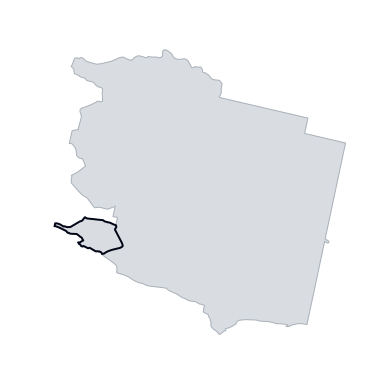 Sudan, with Blue Nile highlighted, rotated 102°
{"feature_id": "SDN-148", "entity_name": "Blue Nile", "entity_type": "State", "adm_level": 1, "iso_a3": "SDN", "parent_name": "Sudan", "parent_adm1": "", "projection": "equal_earth", "projection_center": [34.239, 11.094], "detail": "fine", "context": "in_parent", "style": "outline", "palette": "ink", "viewbox_px": 384, "rotation_deg": 102, "n_neighbors": 0, "source": "natural_earth", "source_scale": "10m", "svg_char_len": 5317}
<svg xmlns="http://www.w3.org/2000/svg" viewBox="0 0 384 384"><g transform="rotate(102 192 192)"><path d="M254.0,319.1L251.0,319.1L250.7,318.2L250.8,315.6L251.1,313.6L252.2,310.5L251.9,308.8L252.1,306.3L251.3,303.6L244.1,295.6L242.7,293.4L238.9,291.4L239.5,289.1L238.0,272.9L238.8,271.0L239.0,268.1L239.0,265.6L239.9,261.5L240.0,259.7L232.4,259.6L232.3,261.4L232.6,263.4L232.6,264.2L222.0,264.2L226.2,270.6L226.4,273.4L226.2,276.9L226.2,279.1L226.4,280.6L227.6,283.5L227.5,284.0L227.2,284.7L219.7,293.2L218.4,297.2L217.4,299.2L215.2,302.7L208.3,311.8L207.1,312.4L201.9,312.8L201.4,313.0L200.9,313.4L200.7,313.3L196.2,307.9L188.7,301.5L183.7,304.9L182.3,306.1L182.3,309.2L181.5,310.8L180.1,312.5L176.4,313.6L174.5,314.5L172.2,316.3L169.9,319.2L169.8,320.7L170.0,322.1L157.2,322.0L156.4,320.9L154.6,316.1L153.3,316.4L141.6,315.8L140.0,316.3L136.6,318.3L134.9,318.6L133.2,317.7L127.2,308.2L125.9,307.1L124.5,304.8L123.2,303.8L122.8,303.1L122.6,302.1L122.7,300.0L122.3,298.7L121.3,298.4L113.1,300.6L111.9,300.4L110.2,300.8L109.6,301.1L108.8,302.4L108.7,305.0L108.5,306.3L107.8,307.7L105.5,311.0L104.9,312.4L105.0,315.9L104.8,317.7L104.5,318.5L103.4,319.9L103.0,320.7L102.6,325.2L101.3,328.0L101.0,329.0L100.9,330.9L100.7,331.6L96.9,333.1L95.5,334.1L94.7,335.7L94.4,336.3L92.9,335.8L90.8,335.4L86.9,334.9L85.4,334.2L84.7,333.1L84.9,330.3L84.6,329.7L83.9,329.3L83.5,328.1L83.6,326.6L85.7,323.4L86.2,321.7L86.8,313.7L86.7,311.3L85.1,306.8L81.4,299.1L80.6,297.6L76.0,291.3L75.4,290.3L74.3,287.6L75.7,281.8L75.8,280.2L75.5,278.5L74.3,277.2L73.3,277.1L71.9,275.5L71.0,274.8L70.2,273.4L69.7,271.5L70.2,264.6L70.0,263.7L68.8,263.4L68.5,262.9L68.6,261.6L68.0,257.7L67.3,254.4L67.7,252.6L66.8,250.2L64.9,249.1L61.2,249.9L60.0,249.8L59.2,249.3L58.7,248.4L58.4,247.4L58.7,245.8L59.8,242.9L61.2,240.5L63.9,238.3L64.6,237.1L65.0,235.8L65.1,234.3L65.0,232.8L64.7,231.3L64.0,229.4L63.3,227.2L63.3,225.7L63.7,224.6L64.4,223.3L67.1,220.8L69.8,218.7L70.3,218.0L70.2,217.1L68.9,215.3L68.6,212.0L68.0,209.6L69.4,207.9L70.4,207.2L72.0,206.7L72.6,206.0L72.8,204.5L72.8,203.2L73.4,202.2L74.2,200.1L74.8,199.1L77.0,196.6L77.5,194.9L77.6,193.4L77.1,188.6L78.4,186.7L79.9,185.0L82.1,185.1L85.5,184.8L87.9,184.1L89.5,184.1L93.3,185.0L93.7,184.6L93.9,183.4L95.6,94.0L111.1,94.0L111.3,93.8L112.2,52.0L209.4,52.0L210.2,51.8L211.7,47.9L212.4,47.7L213.4,47.9L213.7,48.8L212.9,52.0L297.7,52.0L297.9,56.7L298.6,60.5L301.0,66.0L303.1,68.9L303.8,70.6L303.9,71.3L303.8,72.0L303.2,71.2L302.2,70.7L302.0,73.2L302.6,78.5L303.4,82.2L302.8,85.6L303.0,91.3L304.1,98.3L303.9,102.7L305.7,113.0L307.5,118.8L308.5,120.2L309.5,121.0L311.6,121.4L314.7,124.4L317.1,127.5L317.9,129.1L319.1,130.9L319.9,130.5L320.4,130.1L321.2,131.5L325.0,134.6L325.6,136.0L324.2,137.5L322.7,139.9L321.9,142.1L321.5,142.9L320.3,144.3L320.0,145.0L319.5,145.4L318.9,145.4L317.6,146.2L316.4,146.0L315.3,146.4L314.8,146.9L313.9,147.4L312.6,147.6L310.6,149.6L308.9,150.5L308.3,151.3L307.5,155.1L306.8,156.1L304.2,156.2L303.0,156.5L301.3,156.1L300.4,156.1L300.2,156.9L299.9,160.2L300.0,161.6L298.6,165.4L299.0,172.4L297.6,177.6L297.5,178.8L296.1,183.0L295.3,184.5L293.6,192.3L292.9,194.7L291.4,197.2L293.0,215.9L291.7,221.7L291.8,224.8L290.9,229.4L290.2,231.6L289.1,234.2L288.1,237.1L287.3,240.9L286.7,248.1L286.5,248.8L281.9,249.6L280.4,250.2L279.5,251.0L278.3,252.8L276.0,257.9L274.7,261.0L272.8,265.3L270.6,268.3L270.1,269.8L269.8,272.5L268.9,276.9L268.2,280.0L268.3,282.4L267.6,286.7L267.7,288.8L266.9,290.0L265.9,291.1L265.2,291.4L262.0,288.5L259.7,290.5L258.3,293.3L257.2,296.1L257.8,302.1L257.8,303.4L257.5,304.8L255.3,310.7L254.7,313.3L254.1,318.0L254.0,319.1Z" fill="#d9dde1" stroke="#a8b0b8" stroke-width="1"/><path d="M271.2,267.1L270.8,267.3L270.2,267.9L270.0,268.3L269.7,268.8L269.6,269.3L269.5,269.8L269.4,270.2L269.6,271.1L269.5,271.9L269.7,272.4L270.0,273.3L270.0,273.7L270.0,274.1L268.0,280.0L267.9,280.5L268.1,281.0L268.4,281.5L268.6,281.9L268.5,282.6L267.4,286.7L267.4,286.9L267.6,287.2L268.1,287.7L268.1,288.0L268.0,288.7L267.8,289.3L266.9,290.1L266.6,290.5L266.5,290.8L266.5,291.0L266.4,291.4L266.2,291.8L265.9,291.7L265.6,291.7L265.4,292.0L265.2,292.6L265.0,292.8L264.9,292.7L264.9,292.4L264.9,291.8L264.8,291.4L264.6,291.2L264.1,290.8L262.2,288.5L262.0,288.4L261.7,288.6L259.8,290.3L259.5,290.6L259.3,291.1L258.7,292.7L257.3,295.3L257.1,296.1L257.2,296.9L258.0,301.7L258.0,302.7L257.9,303.6L257.7,303.9L257.6,304.0L257.6,304.3L257.7,304.8L257.7,305.0L257.3,305.8L256.3,306.9L254.4,314.4L253.9,317.6L253.9,319.3L251.2,319.3L251.1,319.2L251.0,318.9L250.9,318.3L250.8,317.4L250.9,315.7L251.3,313.7L252.3,311.0L252.3,310.8L252.4,310.6L252.3,310.0L252.1,309.6L252.1,308.9L252.3,307.5L252.3,307.0L252.3,306.5L252.2,306.1L251.5,303.7L251.2,303.3L247.7,299.5L244.3,295.8L243.0,293.7L242.9,293.6L242.7,293.4L239.2,291.7L239.0,291.3L239.1,291.0L239.6,290.0L239.6,289.7L239.7,289.3L238.9,281.3L238.1,273.3L238.1,273.0L238.2,272.8L238.3,272.7L238.5,272.3L238.7,272.0L238.9,271.4L238.9,271.1L239.1,268.3L239.1,265.8L240.1,261.6L240.2,259.9L240.6,259.4L240.9,259.2L241.2,259.0L241.6,258.9L241.9,258.8L242.4,258.9L244.2,259.5L244.7,259.5L245.0,259.4L256.5,249.9L258.6,248.7L259.2,248.6L259.7,248.8L260.3,249.2L260.9,249.9L261.7,250.9L265.2,258.2L267.1,261.4L268.9,263.7L270.5,265.2L270.6,265.4L270.9,266.1L271.2,267.1L271.2,267.1Z" fill="none" stroke="#020617" stroke-width="2"/></g></svg>